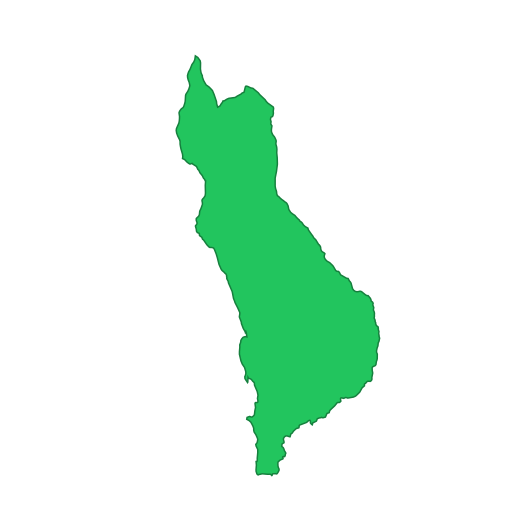 Sibundoy, Putumayo, Colombia, rotated 336°
{"feature_id": "7082276B87047054998240", "entity_name": "Sibundoy", "entity_type": "district", "adm_level": 2, "iso_a3": "COL", "parent_name": "Colombia", "parent_adm1": "Putumayo", "projection": "equal_earth", "projection_center": [-76.909, 1.238], "detail": "fine", "context": "isolated", "style": "filled", "palette": "green", "viewbox_px": 512, "rotation_deg": 336, "n_neighbors": 0, "source": "geoboundaries", "source_scale": "gbopen_adm2", "svg_char_len": 6125}
<svg xmlns="http://www.w3.org/2000/svg" viewBox="0 0 512 512"><g transform="rotate(336 256 256)"><path d="M228.5,137.1L230.0,138.8L231.2,142.2L232.2,144.0L233.0,145.1L233.8,145.3L235.3,145.4L235.6,146.3L238.0,149.9L238.1,150.9L238.1,153.2L238.6,154.4L238.7,157.5L239.6,160.6L239.7,163.5L240.2,165.0L240.2,166.7L240.5,166.9L238.4,170.8L235.4,178.0L234.1,180.2L232.0,181.6L230.3,182.3L229.4,183.0L229.1,183.7L228.7,185.5L228.1,187.0L225.1,190.2L222.8,192.2L221.2,195.0L220.4,195.9L219.3,196.5L217.0,197.3L216.5,197.7L215.9,199.2L215.7,201.4L215.4,202.3L214.4,203.2L213.2,203.6L212.8,204.2L212.4,207.0L211.7,209.2L211.9,210.7L213.3,212.2L213.3,212.7L212.8,213.8L212.8,214.6L214.1,216.8L214.0,219.0L214.6,219.9L215.7,225.8L216.7,228.6L217.3,229.4L219.0,230.2L220.5,231.4L220.7,233.1L220.5,237.8L220.0,241.7L218.8,248.7L218.8,252.7L218.8,253.9L219.1,255.4L220.3,257.9L220.7,259.3L221.2,260.0L221.2,262.1L220.7,263.0L220.6,263.9L220.1,264.8L220.3,268.0L219.9,269.3L219.8,278.2L219.7,279.2L218.2,285.6L218.1,288.6L217.9,290.0L218.2,295.7L218.2,300.9L217.8,302.0L216.0,304.9L215.7,310.3L215.2,311.9L214.9,317.0L215.3,320.8L215.2,321.4L216.0,320.8L215.9,322.2L214.8,326.2L213.5,325.3L211.3,325.0L209.5,325.8L207.9,326.9L206.9,328.6L205.0,330.6L204.2,332.6L202.1,336.4L200.9,339.0L199.6,345.7L199.5,349.2L200.2,353.2L199.6,357.5L198.9,359.3L197.6,360.9L196.7,361.7L196.1,363.3L196.1,364.1L196.8,368.2L197.2,367.9L199.4,363.5L199.5,364.7L201.0,366.0L201.6,367.1L202.1,369.1L202.8,370.7L202.8,371.4L202.1,373.4L202.0,380.3L201.2,384.0L199.4,386.7L198.8,389.3L198.2,390.2L197.5,390.4L196.0,389.7L195.3,390.0L195.0,390.7L193.9,394.3L191.9,397.1L190.5,399.5L189.7,400.6L188.7,401.1L186.8,401.5L186.2,401.2L185.0,400.0L182.2,399.8L181.1,401.4L182.8,403.6L183.7,405.7L183.9,408.0L184.0,410.5L183.8,412.5L183.1,414.1L182.7,416.0L183.2,419.2L183.2,423.0L182.9,424.5L181.1,427.0L179.2,428.0L178.8,429.6L178.9,433.4L177.7,436.2L174.9,441.2L174.2,442.9L173.3,444.1L172.5,443.8L171.3,447.2L169.1,451.3L168.5,452.8L168.2,455.4L168.5,456.4L169.1,456.9L169.7,456.8L173.1,457.5L178.2,460.3L180.0,461.0L180.7,461.6L181.1,463.0L181.4,463.0L182.1,462.1L182.7,461.8L185.3,462.8L185.9,463.3L186.4,463.5L187.3,463.1L188.9,462.0L189.9,461.1L190.4,460.0L190.4,458.1L190.7,456.6L191.9,453.7L192.5,453.1L195.2,452.2L198.0,452.3L198.5,451.7L198.5,450.5L198.8,450.3L199.9,450.4L200.1,450.8L200.6,450.9L201.4,450.3L202.2,449.0L202.8,448.6L203.1,447.8L202.8,445.6L203.0,443.1L202.9,442.1L202.1,440.4L203.3,438.4L203.7,438.2L205.6,438.0L206.0,437.2L206.5,434.5L206.9,433.9L207.9,433.1L209.0,432.6L210.2,432.6L211.2,433.0L213.2,434.8L213.6,435.0L215.4,432.8L217.0,432.5L219.1,431.2L221.7,430.3L222.8,430.0L225.2,430.4L225.6,430.0L226.6,428.4L227.1,428.2L234.4,428.6L235.7,428.3L236.9,427.8L238.2,427.9L238.5,428.1L238.5,429.1L237.8,430.6L238.2,432.1L238.7,433.1L239.3,432.5L239.8,431.6L243.9,431.4L244.4,431.1L245.2,430.1L245.9,429.6L248.2,429.7L249.4,430.1L250.4,430.1L250.8,430.7L251.6,431.1L253.9,431.4L256.8,428.7L259.1,428.9L260.5,427.2L262.8,426.3L266.9,424.9L270.4,423.1L271.3,423.1L272.3,423.7L273.5,423.6L274.5,423.1L275.0,420.9L275.6,420.3L276.3,420.3L278.2,421.7L280.3,421.7L281.2,422.3L282.0,423.1L287.6,424.5L289.5,424.5L290.7,424.3L295.3,422.6L299.3,419.6L302.3,418.7L302.6,417.8L303.1,417.0L304.3,416.9L306.0,416.0L307.2,415.9L309.4,417.0L310.1,416.9L310.9,416.6L311.8,415.7L312.4,414.1L314.9,410.6L315.2,409.8L315.6,407.9L316.6,405.4L317.4,404.7L320.4,404.6L321.4,404.0L323.0,401.4L324.1,400.3L325.0,399.1L326.9,395.0L327.0,392.9L327.7,391.4L329.3,389.2L330.8,387.7L332.3,385.1L333.6,384.0L335.5,381.4L335.8,379.1L336.2,378.5L336.3,377.6L336.6,376.6L337.6,375.0L337.8,373.0L338.2,372.3L338.2,371.5L338.7,370.8L338.6,370.1L337.8,368.8L337.7,367.9L337.7,366.9L338.2,365.7L338.2,364.0L338.7,363.1L338.7,360.7L339.7,359.2L340.2,357.8L340.7,357.1L341.2,355.5L341.3,353.0L342.6,351.0L342.8,348.2L343.8,346.8L343.7,345.5L342.9,344.0L343.2,343.0L343.3,341.3L342.3,337.8L341.4,337.4L340.3,336.2L338.1,331.8L337.4,330.9L336.5,330.4L334.7,330.1L333.4,329.6L332.1,328.5L331.3,327.1L330.9,325.2L331.8,319.4L331.6,317.9L331.2,316.9L331.0,314.0L329.7,313.2L325.7,307.7L325.6,307.1L325.5,304.9L325.2,304.0L324.8,303.4L323.6,302.9L322.9,301.6L322.4,296.8L322.1,295.7L320.6,292.0L318.9,289.8L318.2,288.0L317.8,286.3L317.9,284.8L318.5,283.5L319.9,281.9L319.6,281.0L318.2,279.0L317.9,278.1L317.9,276.3L318.6,274.2L318.7,273.1L318.4,272.4L318.4,271.7L317.9,271.0L317.2,265.5L316.1,262.7L316.0,260.8L315.5,258.8L314.5,253.6L314.6,252.4L314.8,251.7L312.9,249.1L312.0,247.0L311.6,244.4L311.1,243.2L310.3,242.1L310.2,240.7L309.8,240.0L308.7,237.2L308.0,234.7L306.5,232.4L305.4,230.2L304.9,226.8L305.7,223.3L305.6,220.6L305.1,219.3L304.2,218.0L303.7,216.8L302.6,215.0L301.7,213.1L300.9,210.9L300.1,209.7L300.2,207.8L301.0,205.3L301.3,202.4L301.9,200.0L305.2,192.6L309.2,186.9L312.9,180.8L315.3,175.0L316.9,170.2L318.5,167.0L319.2,164.9L319.7,161.7L321.2,159.2L321.4,158.0L321.4,155.9L321.3,154.7L320.6,152.0L320.6,149.3L320.9,148.1L321.7,146.4L323.5,143.6L323.2,141.4L324.4,139.4L324.7,137.2L326.0,135.3L327.8,135.3L328.7,134.5L330.0,132.6L330.6,130.8L332.1,128.4L332.4,127.0L328.9,121.0L328.2,118.9L327.9,117.0L325.0,110.0L324.5,107.9L321.4,101.6L319.5,100.2L317.4,97.7L316.0,96.7L315.1,97.1L311.7,101.5L309.3,101.5L308.1,102.0L303.7,102.3L301.5,102.7L295.3,100.9L292.9,100.9L290.5,101.3L289.5,101.2L289.0,100.9L287.9,101.9L285.7,103.1L284.3,104.2L281.5,104.5L282.0,100.9L282.7,98.9L283.4,91.5L283.5,87.0L283.3,86.6L282.8,85.0L281.8,82.4L280.0,79.4L279.5,74.6L279.8,70.7L280.3,69.5L280.3,66.5L280.5,65.5L281.3,62.6L283.9,57.0L284.4,55.0L283.6,51.0L282.0,48.5L279.9,51.8L278.0,53.5L275.4,55.0L271.6,58.7L269.3,60.4L268.0,61.8L266.8,63.3L266.1,65.2L265.7,67.5L265.6,70.2L264.9,73.3L264.2,74.3L262.8,75.9L260.7,77.8L257.8,79.7L257.0,80.6L254.3,85.8L253.3,87.2L251.2,89.6L249.9,90.7L247.6,91.2L246.3,91.9L245.0,92.7L243.9,93.9L242.9,97.4L241.9,99.5L240.8,101.5L239.6,103.2L235.2,107.2L234.2,108.8L233.5,111.4L233.3,114.6L233.5,119.0L233.2,120.6L232.2,122.8L231.5,125.4L231.0,127.7L230.3,133.0L229.5,135.5L228.5,137.1Z" fill="#22c55e" stroke="#15803d" stroke-width="1.5"/></g></svg>